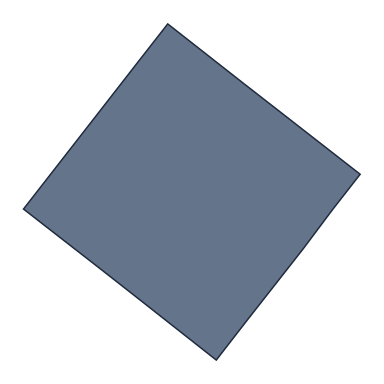 the district of McPherson, Kansas, United States of America, rotated 218°
{"feature_id": "52423323B31241610916517", "entity_name": "McPherson", "entity_type": "district", "adm_level": 2, "iso_a3": "USA", "parent_name": "United States of America", "parent_adm1": "Kansas", "projection": "robinson", "projection_center": [-97.687, 38.392], "detail": "fine", "context": "isolated", "style": "filled", "palette": "slate", "viewbox_px": 384, "rotation_deg": 218, "n_neighbors": 0, "source": "geoboundaries", "source_scale": "gbopen_adm2", "svg_char_len": 328}
<svg xmlns="http://www.w3.org/2000/svg" viewBox="0 0 384 384"><g transform="rotate(218 192 192)"><path d="M69.4,74.5L69.6,121.4L69.4,215.6L70.4,264.8L70.4,309.5L168.1,309.4L216.8,309.3L314.6,309.5L314.6,262.6L314.5,215.6L314.3,74.8L216.4,75.0L167.4,74.9L69.4,74.5Z" fill="#64748b" stroke="#1e293b" stroke-width="1.5"/></g></svg>